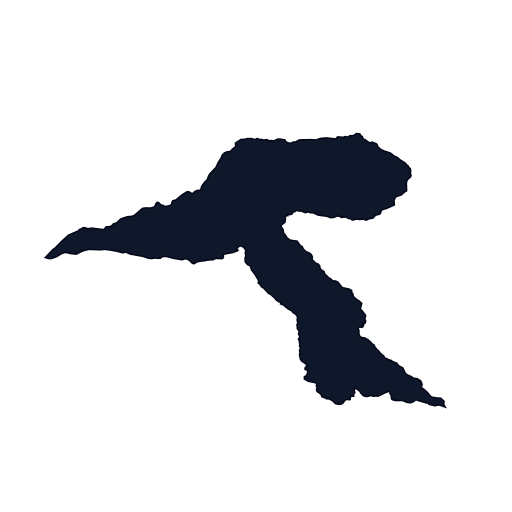 the district of La Florida, Nariño, Colombia, rotated 98°
{"feature_id": "7082276B51356117311945", "entity_name": "La Florida", "entity_type": "district", "adm_level": 2, "iso_a3": "COL", "parent_name": "Colombia", "parent_adm1": "Nariño", "projection": "equal_earth", "projection_center": [-77.375, 1.322], "detail": "fine", "context": "isolated", "style": "filled", "palette": "ink", "viewbox_px": 512, "rotation_deg": 98, "n_neighbors": 0, "source": "geoboundaries", "source_scale": "gbopen_adm2", "svg_char_len": 6134}
<svg xmlns="http://www.w3.org/2000/svg" viewBox="0 0 512 512"><g transform="rotate(98 256 256)"><path d="M286.9,464.5L287.4,461.0L287.0,458.2L284.3,453.2L280.6,448.8L279.0,445.3L279.4,439.3L279.2,434.2L275.9,429.5L274.3,426.5L272.7,422.3L271.5,410.8L270.5,406.9L270.4,401.7L270.7,394.1L271.4,389.2L271.1,387.2L270.4,386.5L270.2,385.6L271.6,381.0L272.1,367.9L273.1,362.7L273.1,359.3L271.9,355.1L272.0,353.1L271.6,350.5L269.7,348.6L269.1,346.3L269.0,343.5L269.8,337.7L270.0,329.8L269.9,328.5L268.7,326.0L268.6,324.5L268.8,323.2L269.9,320.9L272.2,317.9L272.2,316.1L270.0,313.6L268.5,309.2L268.1,307.0L266.7,303.1L265.7,298.1L264.0,295.5L263.4,289.2L262.9,288.5L261.7,288.1L259.6,288.5L258.5,287.5L255.8,279.4L253.7,275.4L252.7,274.6L252.2,275.6L251.4,276.0L249.1,274.5L248.1,272.5L248.1,271.8L249.4,269.0L250.4,268.4L251.8,266.8L254.5,267.1L257.4,266.0L259.3,266.6L263.3,265.9L265.8,263.1L266.4,260.7L266.8,260.2L270.4,258.5L274.7,254.2L279.1,250.7L281.1,249.6L282.3,250.2L283.3,248.4L285.7,246.3L286.9,243.7L291.3,238.4L292.2,235.7L294.1,233.2L294.6,231.6L295.6,231.2L296.5,230.2L298.2,227.2L298.1,225.6L299.3,225.0L300.0,225.1L300.9,221.5L302.7,219.2L303.0,217.9L303.7,217.4L305.3,213.1L307.1,211.1L307.9,209.0L309.6,207.1L311.6,206.2L313.5,206.5L315.6,205.6L317.5,205.4L318.6,206.0L320.5,205.1L321.7,205.3L324.7,202.7L327.1,203.1L329.9,201.4L332.7,202.4L334.1,201.1L335.9,201.0L336.7,200.0L338.7,200.5L340.8,199.3L343.9,199.7L345.4,199.0L347.6,199.2L350.3,198.3L352.1,197.6L353.7,196.1L356.4,190.8L357.6,190.5L360.1,191.9L361.1,191.8L361.7,191.3L361.8,189.3L362.2,188.8L365.8,188.8L366.5,189.4L368.0,189.8L368.7,191.3L371.1,191.0L372.8,186.8L373.2,179.8L373.9,178.2L374.5,178.0L376.2,178.3L376.5,177.2L379.4,177.5L381.0,177.2L382.0,176.1L383.4,173.1L384.5,172.0L386.3,171.1L387.0,167.3L387.6,166.1L387.3,163.9L387.9,162.1L389.0,159.6L391.0,157.0L391.4,154.5L391.2,151.9L390.0,149.8L386.2,147.5L385.2,145.8L385.5,144.0L385.0,142.8L382.3,142.8L381.6,142.3L381.3,139.8L379.5,140.1L377.5,139.1L375.3,140.0L373.5,140.0L373.7,137.3L375.1,135.3L375.5,134.1L376.7,133.6L379.4,130.2L379.7,129.2L379.7,126.4L378.2,122.7L378.6,119.8L377.9,118.1L377.8,115.5L373.2,108.7L371.5,105.3L372.0,104.4L373.9,104.1L374.6,103.0L378.9,101.7L379.5,100.3L379.7,97.2L378.7,90.8L379.9,86.5L379.9,82.5L378.1,79.5L376.6,78.3L376.2,77.3L377.8,67.2L377.8,65.0L378.9,63.8L379.4,57.9L378.4,55.3L378.1,53.4L379.3,47.5L376.6,49.6L373.7,49.5L371.3,53.0L371.0,53.9L371.4,55.7L371.3,62.1L369.9,64.7L368.4,65.9L366.1,68.9L364.3,71.7L363.5,73.7L362.7,74.0L360.1,73.6L357.3,75.1L356.3,76.3L355.0,79.5L355.1,83.2L353.8,85.3L352.4,90.4L350.9,92.1L346.4,95.0L344.6,99.9L342.6,101.4L341.5,106.1L340.5,107.6L340.6,108.8L340.2,109.7L340.4,110.8L339.3,111.9L339.4,113.3L339.0,114.4L337.5,115.3L334.9,119.4L332.5,121.9L332.1,122.9L328.9,126.2L327.9,126.4L327.3,128.1L326.7,128.5L326.2,129.8L325.1,130.5L324.1,132.7L323.1,133.5L323.0,134.7L322.1,136.3L321.9,140.1L321.4,141.7L319.2,143.1L315.0,143.8L314.1,144.8L313.3,144.8L311.8,143.5L312.0,141.2L311.6,140.6L309.6,139.8L308.4,140.6L307.5,138.7L305.2,138.3L302.6,139.7L300.6,139.0L299.1,139.5L295.6,143.2L294.1,145.3L288.2,144.7L286.1,147.7L284.9,150.5L282.9,153.5L281.1,154.7L279.9,154.7L278.9,156.4L277.6,156.1L276.6,157.0L275.8,159.1L275.3,165.4L274.8,166.8L270.6,171.0L269.7,173.6L269.9,176.8L268.5,178.3L267.4,181.0L265.2,183.9L264.5,185.3L262.0,186.4L260.8,189.0L259.2,191.0L257.4,191.3L256.1,192.4L255.3,193.5L254.6,196.2L251.6,200.0L249.3,200.0L247.5,200.9L246.4,202.0L245.3,204.3L244.7,207.3L242.3,210.3L240.3,211.5L239.8,212.9L238.3,215.2L237.6,215.2L236.3,216.8L235.6,217.0L235.5,224.4L233.6,227.9L231.8,229.2L229.1,232.0L226.3,232.7L223.1,235.3L221.7,235.1L218.6,232.0L215.2,232.0L213.1,232.7L212.4,231.7L211.8,231.4L211.6,230.1L210.3,230.7L210.4,229.1L210.0,227.0L209.1,226.0L206.9,225.2L206.8,223.8L205.6,222.7L205.1,221.3L205.5,220.1L205.2,217.4L206.2,213.7L205.9,212.2L205.0,210.6L205.6,208.1L205.3,205.3L206.9,200.1L206.8,191.4L207.7,187.8L207.4,185.7L206.6,183.6L205.5,182.1L205.0,180.1L205.1,178.2L206.0,177.0L205.0,173.1L205.0,172.1L206.1,169.2L205.8,167.4L206.8,166.3L207.0,165.5L205.3,161.1L205.5,158.9L204.6,154.9L205.2,151.9L203.4,149.1L202.2,145.4L199.1,143.4L197.4,139.6L196.7,138.8L193.6,138.2L192.5,137.3L191.0,133.8L186.4,126.3L185.6,126.1L182.1,127.1L178.6,126.2L177.8,125.5L175.2,120.5L171.9,117.7L170.5,115.9L163.2,117.2L160.8,117.1L158.6,116.1L156.2,114.0L154.9,113.6L152.7,114.6L149.4,114.8L147.8,115.5L147.0,117.1L145.7,117.8L144.6,119.7L143.3,120.9L140.9,126.3L138.6,130.0L137.5,133.8L135.9,136.0L135.2,137.8L134.1,144.1L132.8,147.9L130.6,150.7L128.7,151.7L128.0,152.7L127.1,156.8L128.1,159.4L125.6,164.2L125.3,166.2L124.0,166.7L123.7,167.4L122.9,167.3L122.3,168.8L120.6,170.2L120.7,173.6L123.2,176.2L123.9,179.9L125.5,181.7L125.3,184.4L126.3,186.1L126.6,191.6L127.0,192.2L128.1,192.4L129.0,194.2L129.2,202.5L130.5,208.4L132.7,212.7L133.1,217.7L134.8,228.5L135.6,230.2L137.5,232.4L137.9,234.7L139.3,236.9L139.6,238.0L139.4,240.3L138.7,242.1L138.3,242.8L137.0,243.4L136.8,247.0L137.1,250.6L139.5,254.4L139.6,257.7L140.3,258.8L139.5,260.3L139.3,262.2L140.2,264.3L139.8,266.5L140.1,269.1L139.4,271.2L140.5,272.6L140.8,274.1L140.3,277.0L140.9,280.8L142.3,284.5L142.5,286.9L147.0,292.1L149.8,291.5L150.8,291.7L153.4,294.2L155.7,295.7L156.3,296.8L156.7,298.8L157.7,300.7L158.4,301.7L161.1,303.6L163.9,304.2L168.8,306.5L173.7,307.9L181.2,313.2L183.5,314.2L186.9,314.8L190.5,317.4L194.3,319.4L197.8,320.0L198.7,320.6L199.3,323.6L200.8,325.7L203.1,327.6L203.1,328.2L201.7,331.5L201.8,332.7L202.4,333.9L206.1,338.1L211.6,343.1L212.8,346.0L213.7,346.5L216.7,347.0L218.0,348.3L219.4,352.0L219.5,353.3L218.8,355.2L218.6,357.4L216.9,359.5L216.5,360.7L216.7,361.4L218.1,362.4L220.8,363.0L221.7,363.8L223.2,367.1L223.7,371.9L224.4,374.4L225.0,375.4L232.8,382.2L234.0,384.6L235.0,388.9L237.8,394.6L238.7,395.6L242.7,398.7L243.9,401.6L246.2,403.1L247.2,404.9L248.0,408.6L249.8,409.5L251.1,410.7L251.2,421.7L251.6,424.3L252.4,426.0L251.8,429.3L251.9,431.0L253.5,432.9L254.3,434.6L255.9,435.5L261.4,444.6L268.4,450.4L276.6,456.5L277.7,457.9L286.9,464.5Z" fill="#0f172a" stroke="#020617" stroke-width="1.5"/></g></svg>